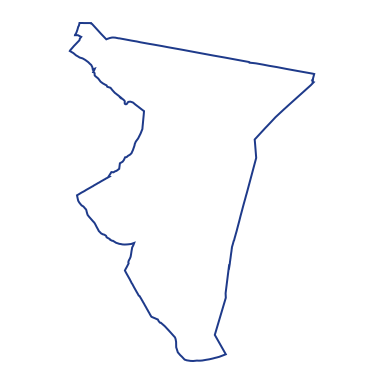 outline of Tetepango, Hidalgo, Mexico
{"feature_id": "50627088B64259758122284", "entity_name": "Tetepango", "entity_type": "district", "adm_level": 2, "iso_a3": "MEX", "parent_name": "Mexico", "parent_adm1": "Hidalgo", "projection": "equal_earth", "projection_center": [-99.166, 20.109], "detail": "fine", "context": "isolated", "style": "outline", "palette": "blue", "viewbox_px": 384, "rotation_deg": 0, "n_neighbors": 0, "source": "geoboundaries", "source_scale": "gbopen_adm2", "svg_char_len": 4665}
<svg xmlns="http://www.w3.org/2000/svg" viewBox="0 0 384 384"><path d="M78.3,26.6L77.4,29.8L76.5,32.3L75.9,33.7L75.1,34.7L75.0,35.2L77.9,35.2L81.2,36.9L79.9,38.5L79.4,40.3L74.8,45.1L74.1,45.8L71.6,48.7L71.4,48.9L70.3,50.2L70.0,50.6L69.8,51.0L73.4,53.1L76.1,55.4L77.9,56.4L79.6,57.5L82.6,58.4L85.2,59.9L88.2,62.1L90.1,64.0L91.2,64.9L92.4,67.3L92.8,69.5L94.8,68.7L94.1,70.4L93.8,70.8L93.2,72.1L93.8,72.2L94.6,73.2L94.6,74.2L94.7,75.4L95.4,76.2L98.2,78.5L100.6,81.7L102.9,83.4L105.4,84.8L106.5,85.3L107.3,86.8L107.7,86.9L110.5,87.8L112.5,90.3L114.8,92.8L117.0,94.5L119.2,96.2L119.3,96.3L120.8,97.5L120.4,97.7L121.2,98.4L121.3,98.4L122.2,98.8L123.0,99.3L124.3,100.5L124.7,101.1L124.8,101.8L124.7,102.4L124.7,103.1L124.8,103.7L125.1,104.0L125.9,104.3L126.7,104.0L127.4,103.0L128.3,101.9L129.7,101.7L130.5,101.7L132.4,102.3L133.1,102.6L135.3,104.5L143.0,110.4L144.0,111.1L144.0,111.4L143.8,113.7L143.7,115.0L142.5,127.5L142.4,129.0L140.6,133.5L138.1,138.5L136.6,140.5L136.1,141.2L135.7,141.8L135.3,142.8L134.8,143.9L134.5,145.5L134.0,147.0L133.5,148.4L133.0,149.9L132.4,151.2L131.5,153.2L130.1,154.6L127.9,155.9L126.6,157.1L125.1,157.3L123.8,160.1L122.6,161.7L119.9,163.3L119.2,168.8L117.0,170.5L116.1,171.0L115.1,171.3L113.5,172.3L111.4,172.1L109.9,174.5L108.6,176.5L109.3,176.7L107.0,178.0L106.9,178.1L106.4,178.3L106.0,178.5L105.1,179.1L104.3,179.5L103.3,180.1L101.3,181.2L99.0,182.6L97.8,183.2L96.7,183.9L96.3,184.1L95.5,184.6L94.9,184.9L94.2,185.3L93.4,185.8L92.9,186.2L92.2,186.5L91.2,187.1L89.6,188.0L88.0,188.9L86.4,189.8L85.4,190.4L84.7,190.9L84.3,191.1L83.8,191.4L81.5,192.6L78.6,194.4L77.0,195.3L77.7,198.6L78.2,200.7L78.8,201.8L79.3,202.6L80.9,204.6L81.7,205.5L82.8,206.1L83.5,206.6L84.3,207.5L85.2,208.6L86.0,209.4L86.3,210.1L86.6,211.4L87.1,213.3L87.6,214.9L89.0,216.7L93.3,221.6L94.2,222.5L94.9,223.6L95.6,224.9L96.5,226.7L98.1,229.6L98.8,231.0L100.4,232.6L101.0,233.3L101.9,233.8L102.8,234.3L103.8,234.5L104.6,234.9L105.5,235.4L106.1,235.9L106.5,236.8L106.6,237.3L108.2,238.2L109.3,238.8L109.9,239.3L110.2,239.5L110.3,239.9L111.5,240.4L112.2,240.8L112.9,240.8L113.9,241.4L116.1,242.8L118.0,243.4L119.1,243.8L121.0,244.1L122.3,244.4L123.7,244.5L125.6,244.5L127.5,244.4L131.1,244.0L134.2,242.9L133.3,245.3L132.2,247.4L131.5,251.3L131.1,254.0L130.6,256.8L129.8,258.7L128.9,260.3L128.5,261.4L128.3,262.3L128.5,262.9L128.6,263.4L126.5,267.5L126.3,267.8L125.7,268.9L124.9,270.5L125.5,271.7L126.1,272.8L126.7,273.9L127.9,276.0L128.9,277.8L129.5,278.8L130.3,280.4L130.9,281.5L131.6,283.0L132.5,284.3L133.0,285.3L133.9,287.0L135.8,290.4L136.2,291.1L136.5,291.7L136.9,292.3L137.3,293.0L137.6,293.6L137.9,294.0L138.1,294.4L138.5,295.2L138.7,295.6L139.6,296.1L140.0,296.8L140.4,297.5L140.8,298.1L141.2,298.8L141.6,299.5L141.9,300.1L142.4,300.8L142.7,301.5L143.5,302.8L143.9,303.5L144.3,304.2L144.6,304.8L145.0,305.5L145.4,306.2L145.8,306.9L146.2,307.5L146.5,308.2L146.9,308.9L147.3,309.6L147.7,310.2L148.4,311.6L148.8,312.2L149.2,312.9L149.6,313.6L149.9,314.3L150.3,314.9L150.7,315.6L151.1,316.3L151.4,316.7L151.5,316.8L153.8,317.8L154.8,318.2L157.2,319.3L157.6,319.3L158.0,319.8L158.4,320.6L158.7,321.2L159.1,321.7L159.7,322.3L160.2,322.8L160.9,322.8L164.9,326.3L169.7,331.5L175.0,337.4L175.6,339.1L176.1,341.9L176.2,347.3L177.3,350.7L177.8,352.3L180.2,355.1L181.9,356.7L184.6,359.6L185.0,359.7L186.7,360.3L190.6,360.9L193.2,361.0L196.8,360.6L199.7,360.7L202.3,360.5L206.2,359.8L209.3,359.3L212.8,358.5L215.4,357.8L216.7,357.5L219.3,356.8L225.8,354.3L214.8,334.9L225.8,297.8L225.6,293.2L228.9,266.8L229.2,267.3L229.8,263.6L230.0,261.6L230.3,259.8L230.3,259.3L230.5,258.3L230.7,256.6L230.8,256.0L230.9,255.0L231.0,254.3L231.3,252.2L231.4,251.7L231.8,248.4L231.9,248.2L231.9,247.8L231.9,247.4L232.0,247.0L232.9,243.9L233.7,240.9L233.9,240.7L234.0,240.6L234.1,240.2L234.8,237.5L235.5,235.1L235.7,234.3L236.6,231.2L237.5,227.7L238.4,224.3L239.3,220.9L240.5,216.1L241.9,210.9L242.9,207.1L243.9,203.4L245.3,198.4L246.1,195.4L246.6,193.7L247.5,190.4L256.2,157.9L255.1,144.1L254.7,139.5L265.2,128.1L269.6,123.5L275.5,117.2L284.1,109.2L292.3,101.8L310.8,85.2L313.7,82.2L312.5,81.7L312.9,80.2L312.3,80.0L312.8,79.3L314.2,74.0L312.4,73.6L302.8,71.9L296.7,70.8L286.8,69.0L277.0,67.1L269.1,65.8L263.0,64.6L256.2,63.4L252.9,63.0L249.5,62.7L249.4,62.4L249.4,62.2L249.0,62.0L237.5,59.9L225.1,57.6L213.1,55.5L196.9,52.5L182.5,49.8L167.9,47.2L162.7,46.2L161.6,46.0L153.1,44.5L149.4,43.9L140.5,42.3L136.9,41.5L131.5,40.6L125.1,39.4L119.1,38.3L118.5,38.3L115.0,37.6L112.2,37.5L109.9,38.0L107.0,39.0L106.3,39.3L101.2,34.0L96.3,28.6L91.9,23.8L91.4,23.7L91.1,23.6L91.0,23.4L91.0,23.1L79.5,23.0L79.3,24.0L79.1,24.8L78.9,25.7L78.3,26.6Z" fill="none" stroke="#1e3a8a" stroke-width="2"/></svg>